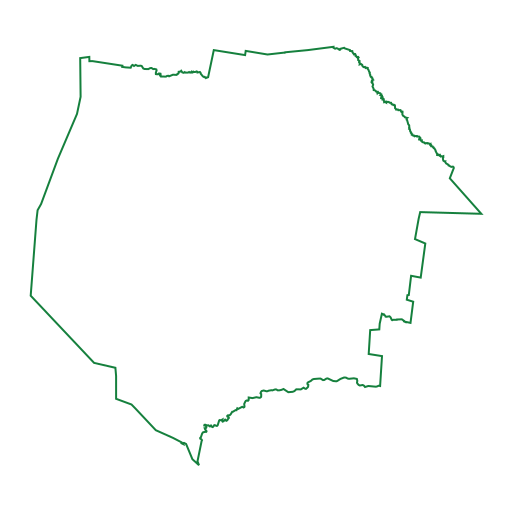 the district of Hidalgo, Tamaulipas, Mexico
{"feature_id": "50627088B14720065725755", "entity_name": "Hidalgo", "entity_type": "district", "adm_level": 2, "iso_a3": "MEX", "parent_name": "Mexico", "parent_adm1": "Tamaulipas", "projection": "robinson", "projection_center": [-99.235, 24.164], "detail": "fine", "context": "isolated", "style": "outline", "palette": "green", "viewbox_px": 512, "rotation_deg": 0, "n_neighbors": 0, "source": "geoboundaries", "source_scale": "gbopen_adm2", "svg_char_len": 5940}
<svg xmlns="http://www.w3.org/2000/svg" viewBox="0 0 512 512"><path d="M155.8,430.2L173.0,437.9L181.5,442.3L181.4,443.2L183.2,444.1L182.8,443.1L184.0,442.9L186.1,444.0L192.4,459.2L199.0,465.2L197.5,461.3L201.6,441.1L202.0,440.2L201.4,439.3L200.2,438.6L200.2,437.9L200.9,437.2L202.2,433.4L203.2,432.2L204.8,432.0L205.3,431.6L206.1,431.9L206.5,431.5L206.5,431.1L205.1,429.3L204.7,428.2L205.8,428.1L206.2,427.8L206.4,427.0L205.7,425.8L204.3,425.5L204.5,424.8L205.2,424.7L207.0,425.4L208.5,425.3L209.7,426.4L210.2,426.4L211.0,425.5L212.2,427.0L212.7,427.1L213.7,426.1L214.2,425.2L214.7,425.1L216.5,425.9L217.2,425.8L217.7,425.2L219.2,420.4L219.8,420.0L221.0,420.3L222.4,419.5L222.1,420.8L222.6,421.6L223.5,421.3L225.1,419.6L225.4,419.6L225.8,420.5L226.5,420.8L227.4,420.1L228.1,418.8L228.8,418.1L228.8,417.5L227.3,416.5L227.2,416.0L227.7,415.4L229.7,415.2L230.6,414.4L232.2,411.8L232.8,411.8L235.6,410.1L236.5,410.2L237.3,408.3L238.2,408.9L242.2,406.8L243.5,407.5L244.3,407.1L244.5,406.5L244.2,404.0L245.2,401.8L245.8,400.9L247.0,400.4L247.9,400.8L248.7,399.9L248.7,397.5L252.5,398.1L256.4,397.2L259.4,397.8L260.3,397.6L261.1,396.9L261.2,396.0L261.2,394.0L260.5,393.4L260.7,392.6L261.2,391.6L261.8,391.0L263.7,390.5L266.6,391.3L267.5,391.2L268.6,390.7L271.4,390.2L272.3,390.4L275.2,389.4L276.4,389.5L277.6,390.3L279.4,390.3L281.4,389.9L283.5,389.0L288.3,392.2L292.7,391.8L294.4,391.1L296.3,389.3L300.8,389.4L303.6,387.7L305.3,388.8L306.1,388.8L307.9,387.1L308.2,386.2L308.3,384.8L307.6,384.4L307.4,383.7L307.5,382.9L308.1,382.3L310.9,380.9L312.4,379.5L313.9,379.0L319.1,378.6L320.6,378.6L323.0,380.1L324.2,380.0L326.4,378.6L327.7,378.4L333.2,381.0L336.3,381.3L337.2,381.0L340.5,378.9L344.1,377.5L345.9,377.6L347.8,378.6L349.1,378.8L353.9,378.3L356.8,378.9L357.3,380.8L357.0,382.6L357.3,383.4L358.6,384.9L359.8,385.5L362.7,385.0L364.0,385.7L365.0,387.0L368.3,386.0L375.8,386.7L376.9,386.5L378.8,385.7L380.1,386.0L382.0,356.1L368.7,354.0L370.2,330.1L379.3,329.4L379.7,323.7L381.9,313.7L382.4,313.9L382.3,314.2L382.6,314.4L383.6,314.3L383.6,314.7L384.2,315.1L384.5,315.0L385.6,316.3L385.6,316.6L386.1,316.8L389.5,316.3L390.6,317.4L391.7,319.8L392.2,320.2L393.2,319.8L396.8,319.8L396.9,319.5L401.8,319.3L404.1,320.9L404.0,321.4L405.8,322.2L405.9,321.9L410.5,322.9L413.2,301.7L406.8,299.7L407.4,295.2L408.8,295.0L411.1,275.8L420.7,277.6L425.3,243.5L415.0,239.1L418.7,218.5L420.2,212.1L481.3,213.8L449.8,178.3L453.8,168.0L453.6,167.2L452.9,166.6L451.3,166.9L448.5,165.4L448.5,164.8L446.1,163.4L445.0,161.7L445.2,161.3L444.1,161.2L443.3,160.6L442.9,158.7L443.0,157.8L443.3,157.5L443.3,156.1L442.1,156.5L441.3,156.2L440.9,156.5L440.5,155.9L440.0,155.9L439.9,154.9L439.2,155.1L438.8,154.7L438.2,155.2L437.1,155.0L437.2,153.7L436.8,153.4L435.5,150.8L435.6,150.4L434.4,148.4L433.7,148.2L433.6,147.4L432.9,147.1L432.6,146.4L431.3,146.3L431.2,145.3L430.6,145.5L430.1,144.9L430.4,143.8L429.7,143.9L428.8,143.4L428.0,143.6L427.7,143.1L426.9,143.0L425.7,143.5L425.3,143.1L424.6,143.2L424.1,142.4L422.7,142.2L422.1,141.8L421.8,140.3L420.9,140.6L420.3,139.6L419.1,139.5L419.1,139.1L419.5,138.5L420.4,138.5L420.5,138.2L419.2,136.6L417.0,136.5L416.9,136.0L415.2,136.1L414.7,135.8L414.3,136.2L413.6,135.5L412.7,135.4L412.4,134.5L411.8,134.6L411.8,133.9L411.3,133.5L411.3,132.9L410.8,132.7L410.7,131.6L410.2,131.3L409.9,129.4L409.1,128.9L409.5,128.0L409.1,127.5L409.3,126.1L409.1,125.2L408.3,124.4L407.0,119.8L406.6,119.6L406.6,118.4L407.2,117.9L404.9,117.3L404.6,116.7L402.9,115.6L402.3,114.1L402.5,112.8L401.9,112.3L402.5,112.0L402.5,111.6L401.0,111.3L400.5,110.1L398.3,110.2L397.9,109.5L396.1,109.6L395.9,108.9L395.1,108.3L394.9,105.3L394.0,104.8L393.3,105.1L392.6,104.3L391.9,104.4L391.4,103.9L391.1,102.8L389.5,102.7L389.0,102.1L387.9,101.8L387.1,102.1L386.2,101.5L385.7,101.6L385.9,102.5L385.2,102.1L384.3,102.2L384.5,101.6L383.9,101.1L383.8,99.8L382.8,99.6L383.4,98.7L382.5,98.0L382.5,97.3L382.0,97.4L381.5,98.3L381.1,98.2L381.2,97.3L382.1,96.6L382.0,95.8L380.8,95.3L381.5,94.9L381.4,94.4L380.6,94.4L380.3,93.3L378.8,93.0L378.2,92.2L377.4,93.2L377.0,91.7L376.0,91.5L375.7,90.9L374.8,90.3L373.7,90.1L373.6,88.7L372.5,86.5L373.1,84.9L373.1,84.3L371.5,82.2L371.6,81.8L372.3,81.7L372.0,80.7L372.5,80.5L372.5,80.0L373.0,79.8L372.6,79.4L372.6,78.8L372.3,78.7L372.3,78.0L371.5,77.5L371.5,76.8L370.7,76.7L370.1,75.2L370.2,74.4L369.6,73.6L369.8,72.4L369.2,71.9L368.5,69.9L367.7,69.0L367.8,68.0L366.7,67.6L365.7,68.1L365.4,67.9L365.0,66.9L363.5,67.1L362.2,65.6L362.2,64.8L361.0,64.0L359.7,64.4L360.0,63.2L359.1,62.5L359.1,61.8L359.6,61.1L358.1,60.0L358.2,59.3L357.9,58.2L358.6,57.5L358.2,56.9L356.7,57.1L356.1,55.9L355.6,55.9L355.5,54.5L355.2,54.0L354.7,53.9L354.0,54.4L352.5,52.3L352.3,51.1L350.1,51.0L350.0,50.1L344.8,48.4L344.2,47.8L340.3,48.8L340.3,49.5L339.8,49.9L339.4,49.8L337.6,48.5L336.4,48.2L335.1,48.7L333.4,47.7L333.5,46.8L307.8,50.1L285.0,52.3L284.3,53.4L284.4,52.6L267.5,54.5L245.7,50.9L245.1,55.1L213.8,50.1L208.1,77.2L206.0,78.0L205.9,77.6L205.6,77.7L204.7,76.9L204.3,77.2L202.9,76.4L200.7,73.7L200.6,72.9L199.9,72.0L197.4,72.5L197.2,71.7L196.7,71.4L195.2,72.0L193.9,72.0L193.5,71.7L193.0,72.2L192.0,71.7L191.9,72.6L191.7,72.6L190.8,72.2L190.4,72.6L189.9,72.6L189.1,72.0L188.0,72.6L185.1,72.6L184.7,72.1L183.6,72.8L182.3,72.4L181.2,70.8L180.6,71.5L178.7,71.8L178.7,72.9L178.3,73.6L177.5,73.8L177.4,74.3L176.5,74.9L173.0,74.7L169.1,76.3L168.6,75.8L167.1,75.9L166.0,76.6L160.8,76.5L159.6,74.8L159.5,74.0L160.6,74.6L160.5,73.7L159.6,73.5L157.3,74.3L155.9,74.1L155.8,72.9L156.6,70.3L156.3,69.4L154.4,68.9L153.2,69.1L151.5,68.0L150.2,68.1L148.3,69.1L144.6,69.0L143.3,68.5L141.7,66.0L140.7,65.7L137.7,65.9L135.7,64.9L134.0,66.0L132.6,64.9L132.2,65.1L131.5,65.8L130.7,67.7L125.8,67.4L122.2,66.9L122.4,65.7L92.4,61.1L89.4,61.2L89.3,56.9L80.2,58.1L80.6,96.8L77.0,113.9L57.9,158.7L41.1,204.0L37.6,210.2L36.5,219.7L30.7,295.7L94.1,362.9L115.4,367.8L116.1,376.1L116.1,398.8L131.5,404.5L135.5,408.6L155.8,430.2Z" fill="none" stroke="#15803d" stroke-width="2"/></svg>